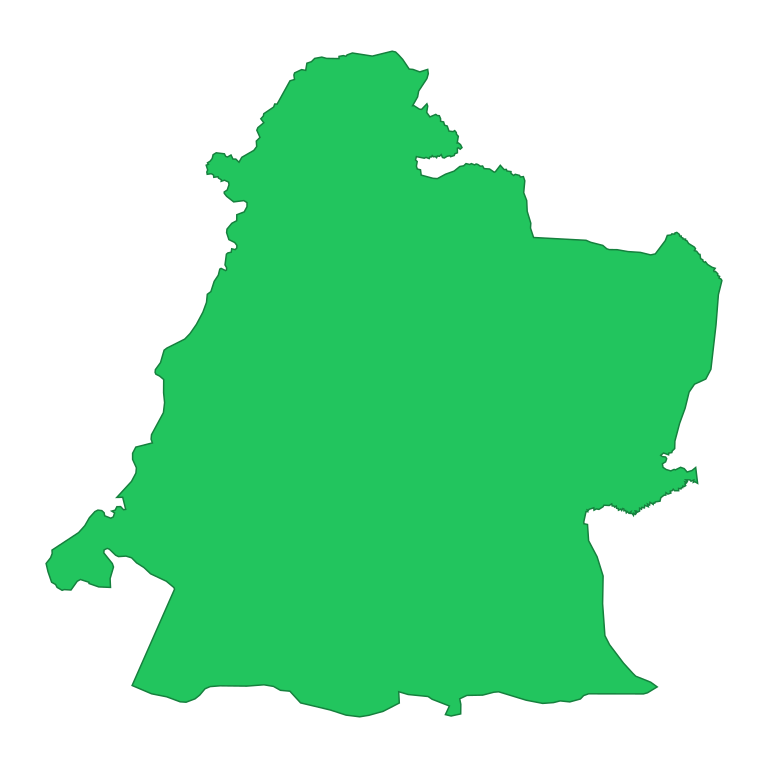 Bang Mun Nak, Phichit, Thailand (Albers equal-area conic projection)
{"feature_id": "78962969B44850282674557", "entity_name": "Bang Mun Nak", "entity_type": "district", "adm_level": 2, "iso_a3": "THA", "parent_name": "Thailand", "parent_adm1": "Phichit", "projection": "albers", "projection_center": [100.449, 16.044], "detail": "fine", "context": "isolated", "style": "filled", "palette": "green", "viewbox_px": 768, "rotation_deg": 0, "n_neighbors": 0, "source": "geoboundaries", "source_scale": "gbopen_adm2", "svg_char_len": 6081}
<svg xmlns="http://www.w3.org/2000/svg" viewBox="0 0 768 768"><path d="M667.3,235.4L665.3,240.6L655.3,253.9L650.6,254.9L640.4,252.4L628.1,251.6L617.1,249.7L609.2,249.6L606.8,248.8L602.8,245.4L590.7,242.3L586.1,240.3L533.6,237.5L530.5,228.1L530.8,223.2L527.2,211.3L526.7,200.5L523.7,192.7L524.8,180.8L523.4,176.6L520.4,177.0L519.5,175.4L515.2,174.3L513.7,175.5L511.0,173.4L511.0,171.6L507.0,171.0L506.3,169.4L504.1,169.6L500.3,165.3L495.4,171.7L494.2,172.2L489.6,169.0L484.1,168.6L482.6,166.0L480.4,166.2L477.7,164.4L476.1,164.0L474.6,164.9L471.3,163.6L469.8,164.5L466.0,163.6L463.7,165.8L459.8,166.5L454.1,171.1L445.5,174.2L437.4,178.6L433.0,178.3L421.2,175.1L420.5,169.8L417.3,169.0L416.4,166.2L417.2,161.5L415.5,160.0L416.4,156.6L424.3,158.2L426.0,157.4L429.2,158.6L430.1,156.8L431.6,156.9L432.2,155.6L433.5,156.8L435.3,156.5L436.6,157.7L437.3,156.0L439.5,156.3L441.2,154.6L442.5,157.5L444.3,158.0L447.1,156.3L449.9,155.7L450.6,156.7L454.2,155.5L454.9,153.7L457.4,152.8L457.4,148.2L458.3,147.8L460.2,149.2L462.0,147.6L460.5,144.6L458.3,142.9L457.2,143.0L458.3,136.3L456.5,134.3L456.3,132.5L454.7,130.6L453.1,131.6L449.0,131.1L447.2,126.0L444.6,125.2L443.6,121.9L440.6,121.3L440.6,118.7L439.3,115.7L437.2,115.5L435.8,114.4L429.9,116.9L426.7,112.4L427.7,106.1L426.9,103.8L421.6,109.4L419.5,109.2L414.0,105.7L412.6,105.7L417.6,96.9L418.7,91.0L426.9,78.6L428.3,73.7L427.7,69.4L419.8,71.9L412.9,69.4L409.2,69.1L402.7,59.4L398.5,54.8L395.6,52.0L392.2,51.2L372.3,56.1L352.4,53.0L347.1,54.9L345.9,56.3L343.4,55.6L339.0,56.4L339.0,58.6L326.6,58.4L321.8,57.1L314.7,58.4L311.4,61.7L306.9,63.2L305.7,70.4L301.6,69.6L294.6,72.9L293.9,75.0L294.5,79.5L290.0,80.8L277.1,104.1L274.7,104.0L273.7,107.0L263.8,113.7L263.3,116.1L260.8,118.8L263.8,122.7L257.9,127.6L256.8,130.2L260.0,137.4L256.3,141.1L256.7,146.6L253.8,150.4L241.8,157.3L239.0,162.2L235.8,159.1L233.0,159.1L231.0,155.0L227.5,157.0L225.7,156.4L224.4,153.8L216.2,152.8L213.1,154.7L212.2,158.5L210.1,161.2L207.5,162.8L208.4,164.3L206.2,165.2L207.7,170.0L206.8,172.0L207.2,174.3L211.3,173.7L213.5,175.0L213.8,177.3L218.0,176.7L218.5,178.1L221.4,179.8L221.2,181.3L224.5,180.2L228.6,182.1L229.0,184.8L227.2,190.0L224.2,192.0L224.3,193.4L226.7,196.4L233.7,201.9L243.9,200.6L247.0,202.6L247.0,206.7L244.2,211.9L236.8,214.7L236.7,220.7L231.8,223.3L227.0,229.1L226.6,232.6L228.9,239.6L234.7,242.5L236.9,245.4L236.8,248.0L235.2,249.6L231.7,248.8L231.2,252.2L227.9,252.9L226.4,254.2L225.0,264.9L226.6,267.7L226.5,270.0L225.6,270.6L221.1,268.4L219.8,269.1L218.3,275.2L214.2,281.3L210.9,291.6L207.3,294.3L206.5,302.4L202.9,312.2L196.4,324.4L190.1,333.5L184.7,339.1L167.0,348.0L164.1,350.2L160.5,362.6L155.4,369.6L155.1,372.4L155.9,374.2L159.5,376.0L163.7,379.5L163.6,392.8L164.6,402.6L163.4,412.7L151.5,434.7L151.1,439.2L152.4,442.9L135.8,447.1L132.6,453.3L132.6,459.4L136.4,467.8L135.9,473.1L131.5,481.4L116.8,497.4L122.7,497.3L125.7,509.4L123.5,509.7L120.6,506.6L116.9,506.7L115.1,510.2L111.7,511.1L114.6,512.9L113.3,516.9L110.8,518.2L104.7,515.8L104.1,512.7L101.8,510.6L97.9,510.1L94.9,511.6L89.4,517.7L84.8,525.7L78.6,532.6L52.0,550.1L52.2,553.5L50.6,557.7L46.1,563.5L48.0,571.7L51.6,582.2L55.6,584.5L57.1,587.4L62.1,590.3L64.2,589.6L71.0,590.0L77.2,581.3L80.4,579.5L89.0,582.3L89.0,583.5L98.7,586.9L110.5,587.4L110.1,578.6L113.5,567.0L112.3,563.5L103.8,552.9L104.1,549.9L107.2,548.4L109.4,549.2L115.6,555.2L118.5,556.6L126.0,556.1L131.6,557.8L136.6,562.9L143.9,567.5L150.6,573.8L166.3,581.2L174.0,587.6L174.5,589.3L132.1,685.5L151.6,693.8L166.7,696.8L180.1,701.8L186.1,702.2L195.1,698.8L199.7,695.1L205.0,688.8L210.1,686.6L220.2,685.8L246.7,686.1L264.0,684.8L273.5,686.4L280.4,690.3L289.9,691.2L300.6,702.9L330.3,710.0L346.0,715.1L359.7,716.8L368.9,715.3L383.2,711.3L399.3,703.0L398.7,691.7L408.1,694.5L428.1,696.5L432.0,699.2L449.4,706.0L445.4,714.6L451.1,716.0L460.7,713.9L460.8,704.3L459.7,698.8L466.9,695.4L482.7,695.1L493.9,692.2L498.7,691.8L526.2,700.2L542.7,703.4L553.5,702.6L560.2,700.9L569.8,701.9L580.4,699.0L583.6,695.6L588.6,693.8L643.5,693.9L647.5,692.8L657.2,686.9L650.7,682.2L635.7,676.2L632.6,673.1L623.4,663.0L609.6,644.8L604.9,635.6L602.6,603.7L603.1,576.0L597.1,556.8L588.6,540.7L587.5,524.5L583.9,523.7L583.8,521.8L586.0,511.6L587.8,511.7L587.2,509.9L588.4,510.3L589.1,509.3L593.8,507.8L594.0,510.2L596.4,508.9L598.9,509.4L603.1,506.7L603.9,505.2L609.2,505.5L611.7,503.9L612.2,506.0L613.8,505.9L614.6,507.1L616.2,506.1L616.6,508.3L618.3,508.6L618.5,510.2L620.8,509.1L621.7,510.5L622.8,508.5L623.9,509.0L623.9,510.8L625.7,510.5L626.3,512.8L627.4,511.6L628.9,513.2L630.9,511.8L630.3,513.4L632.2,513.5L633.5,515.4L633.9,513.3L635.3,514.4L636.1,513.6L635.1,510.9L636.7,511.1L637.1,512.3L639.6,511.1L639.6,508.2L641.5,509.2L641.8,507.4L644.4,507.9L644.7,505.3L648.3,506.7L647.5,504.0L649.6,505.1L650.0,502.3L653.2,504.4L653.3,503.1L654.8,503.1L655.3,501.9L660.0,501.2L660.8,497.7L664.0,495.2L665.8,495.1L666.0,492.7L667.9,494.1L670.9,493.0L670.2,491.2L672.1,490.7L673.2,489.2L674.5,490.7L678.7,490.7L678.6,488.4L681.0,488.9L681.3,487.8L682.8,487.6L682.8,486.2L684.3,486.5L685.7,485.6L684.9,484.0L685.9,483.4L685.0,481.9L686.8,482.4L687.4,481.3L685.8,479.8L690.0,479.9L691.0,481.2L693.8,480.0L693.3,482.3L694.8,481.7L697.6,483.3L695.7,467.5L692.0,470.5L687.1,472.0L684.2,468.6L680.6,467.3L675.3,469.9L674.1,469.4L670.8,470.9L666.1,469.5L663.0,467.3L662.4,463.8L665.6,461.8L666.7,458.7L665.6,457.0L662.4,456.6L660.7,455.3L663.5,453.0L668.6,454.8L668.8,453.1L671.8,452.6L672.3,450.9L674.7,448.6L674.9,441.1L679.6,423.4L685.1,408.3L689.1,392.1L694.5,384.2L705.8,379.0L710.9,369.3L716.0,325.0L718.4,294.6L721.9,280.6L721.2,279.2L719.0,278.0L719.6,276.4L717.7,275.5L717.8,273.8L715.4,271.4L714.1,271.6L713.7,270.4L715.2,268.3L712.1,267.3L707.6,264.5L705.5,261.8L704.6,262.4L702.9,261.0L702.8,259.8L700.6,258.6L700.0,254.4L698.9,254.2L696.6,251.2L694.4,250.6L695.5,248.7L694.4,247.1L688.6,243.5L686.8,240.6L685.4,240.3L685.5,239.1L683.1,239.0L683.0,238.1L681.3,237.3L681.2,236.0L679.6,236.0L679.4,234.4L676.8,232.4L674.9,233.0L674.7,234.1L671.8,233.9L670.9,235.0L667.3,235.4Z" fill="#22c55e" stroke="#15803d" stroke-width="1.5"/></svg>